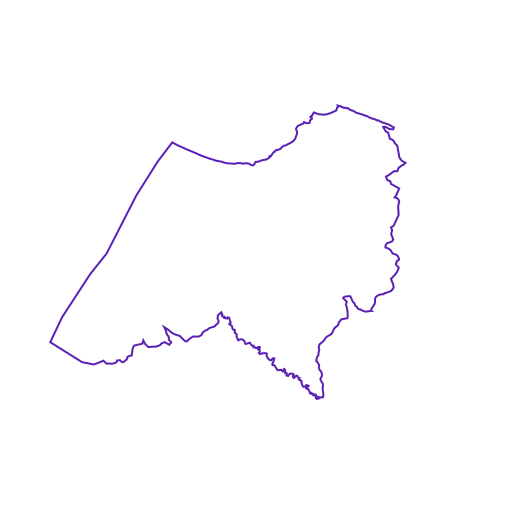 Shama, Western, Ghana (orthographic projection), rotated 212°
{"feature_id": "2480657B99130964172058", "entity_name": "Shama", "entity_type": "district", "adm_level": 2, "iso_a3": "GHA", "parent_name": "Ghana", "parent_adm1": "Western", "projection": "orthographic", "projection_center": [-1.669, 5.06], "detail": "fine", "context": "isolated", "style": "outline", "palette": "violet", "viewbox_px": 512, "rotation_deg": 212, "n_neighbors": 0, "source": "geoboundaries", "source_scale": "gbopen_adm2", "svg_char_len": 6147}
<svg xmlns="http://www.w3.org/2000/svg" viewBox="0 0 512 512"><g transform="rotate(212 256 256)"><path d="M384.8,73.9L347.3,73.8L336.2,78.0L334.1,80.5L329.9,86.4L325.7,85.5L323.9,86.8L321.2,88.2L319.9,89.4L318.7,90.8L318.0,92.2L318.4,93.8L316.3,95.5L313.4,95.0L312.5,95.5L311.9,96.3L311.7,97.6L310.8,99.6L310.9,100.6L311.6,102.3L310.1,104.5L308.7,105.8L311.2,111.3L311.8,113.6L311.8,115.0L311.6,115.8L305.9,121.4L306.8,124.7L303.5,122.7L299.0,121.7L294.5,125.1L292.7,126.1L291.8,127.6L290.4,128.9L289.6,132.1L287.8,134.5L282.5,134.8L282.2,137.9L285.3,138.7L286.1,139.6L286.5,140.5L287.9,141.6L290.2,142.4L292.9,145.0L296.2,147.0L291.8,147.0L286.9,146.3L285.6,146.3L282.8,146.6L278.4,147.8L271.5,146.3L270.7,146.3L269.4,146.9L268.5,150.6L266.7,154.4L262.1,157.1L261.0,158.9L260.4,160.0L260.6,163.0L259.2,166.4L258.3,167.4L257.2,170.4L253.8,174.3L253.3,177.0L252.6,179.1L253.2,181.0L255.6,182.6L255.7,183.4L256.9,185.4L255.7,189.9L253.5,188.5L253.8,188.0L253.4,187.3L252.7,187.3L250.5,186.7L250.3,187.6L249.2,186.9L248.6,187.4L247.4,187.6L247.6,188.7L247.4,189.1L246.0,189.4L243.2,186.8L242.3,186.4L242.0,185.3L242.7,184.4L242.7,184.1L239.3,183.8L238.9,183.6L237.8,182.2L236.5,181.5L234.9,182.1L234.2,181.5L234.0,180.6L233.2,179.6L230.8,179.3L229.6,177.1L228.0,176.3L227.0,175.3L226.2,175.1L225.6,176.6L224.3,177.7L222.4,178.0L221.5,178.0L220.6,177.6L219.2,176.3L218.1,175.9L215.2,179.3L213.6,178.3L212.0,178.0L211.3,178.1L210.6,178.6L209.8,177.2L208.6,178.1L207.0,177.8L205.9,180.0L204.7,180.8L204.4,180.7L204.3,180.4L204.8,179.9L204.7,178.2L204.5,177.9L204.2,178.1L203.7,178.9L202.8,177.9L202.1,176.4L202.2,175.3L200.5,175.0L200.1,175.3L199.4,176.7L198.7,176.9L197.4,178.1L195.5,179.0L194.8,178.7L194.1,177.1L193.3,176.2L190.9,175.4L190.7,175.1L188.9,175.1L187.9,175.6L187.6,178.0L186.3,178.9L185.5,176.8L185.4,175.8L185.1,175.2L185.3,174.3L184.9,173.9L184.6,172.4L184.1,172.2L182.7,173.0L181.9,172.9L177.8,170.7L177.0,170.7L174.3,172.8L173.3,172.4L172.7,173.2L171.9,172.7L171.8,173.5L172.4,174.8L172.2,175.2L170.7,174.5L169.8,172.9L169.2,172.2L168.5,172.8L167.8,172.9L166.8,170.8L165.1,171.4L165.2,173.2L164.6,174.4L162.3,175.7L161.2,175.5L161.0,175.2L161.2,173.7L160.5,172.9L159.4,172.6L158.9,173.2L159.0,174.5L158.4,175.7L157.9,176.3L157.5,176.3L157.2,175.7L156.1,175.5L155.5,175.0L154.4,175.5L154.3,174.1L153.4,173.8L152.7,174.3L151.3,174.2L150.8,173.7L150.7,172.9L147.1,170.2L146.5,170.2L145.4,171.1L144.8,173.3L144.0,173.6L142.5,173.7L142.4,173.2L143.2,172.1L143.4,170.4L142.4,170.4L141.2,170.8L138.4,169.2L137.6,168.2L137.1,168.1L136.6,169.3L136.3,169.4L135.8,169.2L135.2,168.5L134.5,168.6L134.1,169.1L133.5,168.3L133.2,168.5L133.0,169.4L132.5,169.9L131.6,170.0L131.1,169.6L131.2,168.6L130.3,168.5L130.2,168.3L130.1,167.3L128.7,167.0L127.4,168.2L128.6,169.5L128.1,169.7L126.6,169.7L125.8,170.9L124.4,171.6L125.4,174.3L128.6,177.9L131.2,182.6L131.6,183.1L134.9,184.7L136.2,185.7L136.6,189.7L136.9,190.1L139.3,192.4L141.5,193.0L143.0,194.1L143.8,195.0L144.1,196.2L144.7,196.9L147.7,198.7L149.3,198.8L150.6,202.2L150.6,205.2L151.3,206.5L151.7,206.9L152.7,210.1L154.1,211.3L154.8,212.7L155.3,214.8L153.6,219.9L153.5,223.6L153.3,224.8L150.6,230.0L151.2,236.0L150.9,237.7L150.1,239.7L149.8,241.4L150.5,243.3L150.1,247.4L145.5,251.7L146.1,253.2L148.7,257.1L151.6,260.4L154.1,262.5L154.8,265.4L159.1,266.2L159.8,266.6L159.7,267.7L159.1,268.6L156.1,271.1L154.6,271.8L149.6,268.5L147.2,267.9L145.9,266.7L145.1,266.4L143.4,266.3L142.1,265.5L140.8,265.3L138.5,266.2L136.6,266.1L134.2,266.7L133.4,267.0L129.6,270.2L128.9,270.6L129.4,270.7L130.1,272.4L130.0,278.3L130.6,280.0L132.4,282.9L132.7,284.3L132.2,286.2L130.9,288.4L129.4,289.9L127.5,291.3L127.3,292.6L126.7,293.0L123.2,297.4L122.8,298.4L122.7,300.2L122.4,300.4L122.6,302.2L124.5,304.5L129.4,308.1L128.1,314.4L128.0,317.1L128.4,320.8L128.8,321.7L129.5,322.2L131.9,322.5L133.2,323.2L133.3,325.1L133.9,326.3L133.7,326.8L132.8,328.0L132.8,328.7L133.5,329.6L135.4,330.9L137.2,331.5L141.2,330.6L142.1,330.8L144.7,332.2L146.7,332.5L150.1,332.2L150.7,331.8L151.3,332.5L151.8,334.1L151.7,336.0L148.6,340.1L148.3,341.1L148.3,342.7L153.1,346.3L154.1,349.9L156.7,351.8L155.3,354.5L156.8,366.4L161.8,373.5L163.5,378.2L165.6,379.6L166.9,379.8L169.4,379.2L169.1,380.6L170.3,389.1L179.8,388.7L181.3,390.3L182.2,390.6L184.6,389.9L186.7,391.2L187.9,392.3L186.6,394.3L183.9,401.0L182.7,402.0L181.0,402.8L181.8,406.3L180.3,410.1L179.2,411.6L178.6,414.2L182.9,414.0L186.6,415.5L194.6,424.4L198.6,425.4L199.5,426.3L201.1,426.7L202.8,426.8L204.5,426.3L209.2,430.6L212.0,430.4L216.5,432.8L215.4,433.8L212.8,434.3L210.4,434.2L206.9,436.0L207.0,437.7L207.4,438.2L209.0,437.9L212.8,437.9L218.4,436.6L219.6,436.1L220.9,436.2L222.2,435.8L224.4,435.9L224.8,435.3L226.1,435.0L228.7,434.9L230.0,434.0L230.8,434.1L232.9,433.6L235.6,433.5L237.7,432.8L238.7,432.9L247.0,430.6L250.2,430.7L252.0,430.1L254.5,429.8L256.0,430.2L256.6,430.0L257.0,429.4L258.0,429.3L259.0,429.0L259.8,428.2L260.6,428.3L262.3,427.7L264.2,427.9L264.8,427.2L266.6,426.9L265.4,425.2L265.8,424.3L265.0,422.0L268.5,416.7L271.4,413.3L273.4,411.8L278.1,409.4L279.7,409.0L280.6,409.0L281.4,408.5L282.8,408.6L283.0,408.3L283.0,406.6L282.9,406.1L283.0,404.8L283.5,403.6L283.5,402.8L282.4,403.1L282.1,402.4L281.7,402.5L281.4,402.3L281.3,401.6L282.1,399.7L281.1,397.5L281.2,397.2L282.6,396.0L284.2,395.1L285.7,395.2L286.3,395.0L286.1,393.5L289.3,388.8L289.6,387.9L289.5,385.1L288.4,384.0L287.5,383.6L286.7,382.8L286.0,381.3L284.9,376.1L285.2,373.3L286.6,370.3L288.8,366.8L288.9,366.2L290.0,364.9L290.9,364.3L291.3,363.5L291.4,362.4L291.9,361.4L291.9,360.2L292.5,359.1L293.4,358.2L293.8,357.1L294.7,356.9L295.4,356.0L295.3,354.6L296.1,353.3L296.4,348.1L297.1,348.2L297.5,347.7L297.0,347.1L297.0,346.1L298.2,343.5L301.8,340.2L304.2,337.0L306.1,335.8L306.3,334.1L305.9,333.3L306.5,331.3L308.6,330.4L310.9,330.7L312.2,330.0L313.7,329.5L315.5,327.6L317.3,327.0L320.6,325.3L322.9,322.9L330.4,319.0L333.6,318.0L334.5,318.0L341.3,315.3L342.4,315.3L346.5,314.1L356.9,311.8L357.1,312.0L358.0,311.7L359.2,311.7L371.2,309.7L381.8,308.3L387.2,308.0L389.4,284.3L389.6,244.3L384.0,179.0L387.0,152.9L388.0,101.4L384.8,73.9Z" fill="none" stroke="#5b21b6" stroke-width="2"/></g></svg>